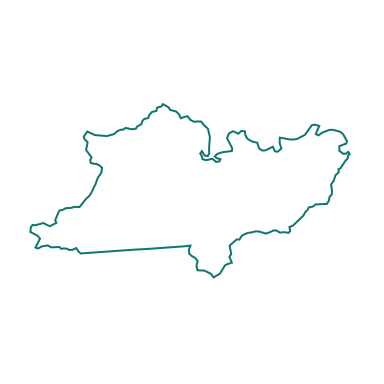 outline of Montenegro, Rio Grande do Sul, Brazil, rotated 299°
{"feature_id": "56859067B94353627471018", "entity_name": "Montenegro", "entity_type": "district", "adm_level": 2, "iso_a3": "BRA", "parent_name": "Brazil", "parent_adm1": "Rio Grande do Sul", "projection": "mercator", "projection_center": [-51.488, -29.71], "detail": "fine", "context": "isolated", "style": "outline", "palette": "teal", "viewbox_px": 384, "rotation_deg": 299, "n_neighbors": 0, "source": "geoboundaries", "source_scale": "gbopen_adm2", "svg_char_len": 2776}
<svg xmlns="http://www.w3.org/2000/svg" viewBox="0 0 384 384"><g transform="rotate(299 192 192)"><path d="M67.5,82.0L67.9,84.7L71.8,87.2L75.3,91.7L75.3,95.6L79.6,102.7L78.9,105.2L80.6,107.4L81.8,110.2L81.8,112.8L83.5,115.5L86.9,118.0L85.3,120.7L84.2,124.3L114.5,170.9L119.4,178.8L140.5,211.2L144.3,216.6L140.3,217.1L136.7,219.5L135.9,222.6L135.9,226.7L134.3,230.5L129.7,231.6L126.2,234.7L129.3,241.1L129.6,248.3L127.8,252.3L134.1,256.0L143.7,256.4L146.4,258.2L149.5,261.1L153.5,256.1L156.6,256.5L163.3,250.9L167.3,252.3L172.2,254.1L173.4,256.6L177.0,256.6L179.3,257.5L183.4,260.7L185.3,263.5L188.0,266.2L189.8,269.3L191.5,276.9L195.3,280.2L197.8,281.8L199.3,284.5L199.1,288.5L201.6,292.2L203.1,296.2L205.4,296.8L208.7,294.2L211.5,296.6L225.6,300.9L229.2,300.8L232.5,301.8L235.1,301.6L237.7,304.7L241.1,306.2L243.5,310.1L247.0,315.8L250.9,315.9L254.6,314.6L257.5,315.5L260.7,314.0L263.0,312.3L265.9,310.0L270.2,310.5L276.2,309.4L280.5,310.8L282.9,309.0L284.8,310.4L293.3,311.0L296.9,311.9L299.3,311.0L301.6,311.5L302.8,309.1L300.4,308.4L298.8,305.9L299.4,300.9L303.6,298.6L309.1,303.4L311.4,303.1L313.3,300.2L315.9,296.1L316.5,292.3L314.8,285.3L312.9,282.0L307.6,277.5L302.7,275.0L302.8,272.1L311.4,271.3L310.5,266.8L308.4,264.4L304.1,263.9L296.8,263.1L289.6,258.4L286.9,255.1L285.0,251.0L283.5,246.3L282.1,242.4L277.1,245.1L273.4,249.1L268.8,247.5L267.8,244.7L270.8,240.8L265.9,237.4L263.8,235.8L262.3,233.2L262.7,229.6L266.7,225.1L265.3,219.7L265.4,214.9L267.4,211.3L270.7,208.8L269.3,205.6L265.4,204.2L265.1,198.4L261.1,195.9L256.1,196.5L249.7,206.0L247.3,207.0L245.7,205.0L241.6,199.4L237.5,195.6L234.1,194.6L233.6,197.5L234.5,200.9L232.0,201.1L230.0,198.5L231.0,193.8L226.7,188.9L225.8,185.3L228.2,183.1L229.6,180.5L232.5,180.8L230.0,185.5L231.1,188.4L234.1,188.4L238.0,186.0L243.7,183.3L248.6,181.1L255.0,175.3L256.3,169.9L258.1,165.9L256.1,162.1L254.4,159.8L254.3,155.7L256.1,151.2L253.5,148.5L251.1,146.5L253.6,143.0L254.7,139.2L253.2,133.0L254.6,130.8L254.8,127.5L254.7,123.9L252.0,123.8L248.9,120.6L245.6,121.5L242.6,118.2L238.6,117.3L235.4,117.8L232.8,114.9L230.4,114.2L226.7,114.9L222.9,112.4L220.1,112.2L218.0,109.5L217.0,106.6L215.9,102.9L213.5,101.8L211.8,99.4L209.2,97.3L204.9,95.8L201.8,92.6L199.7,90.6L194.7,79.4L194.1,71.0L190.8,70.8L188.0,70.5L186.0,72.5L185.0,76.5L181.1,77.8L177.4,79.0L173.6,87.3L170.3,87.6L168.3,89.6L169.1,92.3L170.3,95.0L170.3,98.6L169.6,101.5L167.4,102.4L165.1,103.3L162.8,103.2L159.1,102.7L155.5,103.2L151.9,103.9L148.4,103.8L146.0,104.2L142.8,104.3L139.4,104.2L137.2,103.6L134.9,102.7L124.3,100.9L122.1,96.5L119.5,94.0L116.8,89.6L114.1,87.9L111.3,84.9L101.1,86.0L99.2,88.3L93.2,84.3L92.9,81.4L92.8,77.0L87.3,71.5L85.8,68.5L83.1,68.1L78.7,70.1L78.9,78.1L77.5,81.7L67.5,82.0Z" fill="none" stroke="#0f766e" stroke-width="2"/></g></svg>